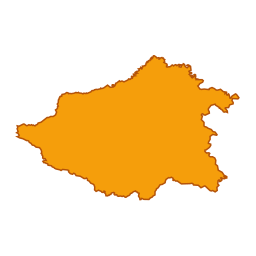 the district of João Pinheiro, Minas Gerais, Brazil, rotated 89°
{"feature_id": "56859067B28201931947833", "entity_name": "João Pinheiro", "entity_type": "district", "adm_level": 2, "iso_a3": "BRA", "parent_name": "Brazil", "parent_adm1": "Minas Gerais", "projection": "equal_earth", "projection_center": [-45.971, -17.645], "detail": "fine", "context": "isolated", "style": "filled", "palette": "amber", "viewbox_px": 256, "rotation_deg": 89, "n_neighbors": 0, "source": "geoboundaries", "source_scale": "gbopen_adm2", "svg_char_len": 5713}
<svg xmlns="http://www.w3.org/2000/svg" viewBox="0 0 256 256"><g transform="rotate(89 128 128)"><path d="M99.6,16.6L96.3,19.0L95.8,20.0L98.0,23.5L99.9,24.6L100.0,25.4L96.1,26.5L95.7,27.0L96.8,27.8L96.8,28.4L96.0,28.9L94.0,28.8L93.8,29.2L95.1,30.4L93.6,30.4L93.3,32.1L90.9,34.8L91.7,37.7L91.6,39.1L90.1,41.0L89.0,43.3L90.0,46.0L90.9,46.1L91.0,46.6L90.4,51.1L90.7,54.1L90.2,55.5L87.2,57.5L85.8,56.0L85.0,55.7L83.5,52.6L82.0,51.9L81.0,53.0L80.8,58.5L80.2,57.9L80.0,59.4L79.6,59.7L76.9,59.5L77.3,60.7L79.0,62.6L78.6,63.6L77.2,63.6L77.2,63.0L78.0,62.5L77.8,61.9L77.2,61.9L76.5,63.4L77.0,64.7L76.0,65.1L75.4,65.9L74.6,65.1L74.6,63.5L73.8,63.5L73.6,65.3L72.5,66.1L72.0,65.8L71.7,64.2L71.4,64.0L67.4,64.4L66.0,66.4L66.0,67.6L66.3,67.9L66.5,66.5L67.5,65.9L67.5,66.6L68.8,67.6L68.7,68.1L67.5,69.8L65.4,70.4L64.7,71.6L65.9,72.1L65.7,74.4L66.2,74.2L66.4,73.5L67.8,73.6L68.1,74.0L67.6,75.9L65.7,75.4L65.4,75.6L65.4,76.3L66.5,78.1L65.6,78.9L65.5,79.6L66.7,81.4L65.8,82.3L65.8,82.8L67.4,84.7L67.7,87.9L67.5,88.4L66.7,88.4L65.9,87.7L64.8,88.0L63.0,91.0L62.1,90.2L60.7,90.5L60.2,90.1L59.6,91.2L58.7,91.4L58.8,92.1L58.1,92.8L58.7,94.7L59.5,95.1L59.6,95.7L58.5,95.5L58.2,95.9L58.5,97.9L57.3,98.9L56.2,100.6L56.3,101.3L58.1,102.0L57.6,102.8L58.0,103.3L58.5,102.4L59.0,102.6L58.7,103.9L59.1,104.2L59.4,103.5L60.4,104.2L60.5,105.1L61.0,105.1L61.0,106.1L61.6,106.4L61.8,107.6L62.2,107.9L62.8,107.3L63.4,108.8L65.3,109.1L66.0,109.7L65.9,110.5L66.3,110.9L66.4,112.5L67.3,112.3L67.7,113.1L68.9,112.9L69.1,113.4L67.8,114.2L68.6,114.5L69.1,116.5L69.7,115.8L70.6,115.8L71.7,117.7L71.5,118.3L72.6,120.0L73.6,119.5L72.9,118.4L73.3,117.9L73.3,118.5L74.1,118.9L74.4,120.2L74.1,121.1L74.3,121.7L75.5,121.0L75.9,120.1L76.1,121.4L76.5,122.0L76.4,123.5L76.7,123.6L77.8,122.5L78.4,122.8L78.3,124.0L79.2,124.6L79.5,125.3L78.9,126.0L78.9,126.5L80.0,127.3L81.8,131.2L80.9,133.2L81.5,135.1L80.7,135.8L82.8,138.6L83.1,139.6L84.4,139.7L85.8,140.6L84.6,141.3L84.5,142.9L85.1,143.2L85.6,142.9L86.1,141.8L86.8,142.1L87.0,145.0L84.8,147.7L87.6,151.7L88.1,153.5L87.7,154.6L88.2,154.7L88.4,155.2L89.0,158.0L88.8,159.1L89.2,160.8L89.9,161.7L90.0,163.4L91.2,164.5L92.8,168.5L92.3,169.0L92.8,170.0L92.4,171.5L93.1,172.4L92.4,174.0L92.2,176.2L91.5,176.9L91.8,177.3L91.9,178.8L91.5,179.4L92.3,181.3L92.7,184.3L92.4,185.5L92.6,186.9L91.7,187.4L91.5,188.8L92.8,190.6L93.3,193.4L95.1,193.8L94.9,194.4L95.4,195.5L96.4,195.7L97.0,196.4L97.9,196.4L98.7,197.1L101.6,197.3L102.8,198.3L104.9,197.3L105.4,198.1L106.8,198.1L107.6,198.6L108.7,200.2L110.8,199.1L113.6,200.2L115.2,202.6L115.1,205.0L116.1,207.1L116.1,208.7L120.7,214.8L121.5,217.8L122.8,218.5L123.3,219.9L124.2,220.8L124.1,221.5L123.4,222.4L123.8,223.3L123.0,224.3L123.6,225.7L123.0,227.0L123.9,228.8L123.9,229.4L122.3,231.6L122.2,232.5L124.3,236.9L123.9,238.7L125.9,238.2L126.8,238.9L129.7,237.9L130.8,239.4L131.4,238.1L133.4,236.9L134.4,237.6L134.7,238.9L136.0,236.5L136.9,233.2L138.8,229.6L138.9,228.2L139.2,227.6L140.7,226.9L141.6,225.3L143.4,224.0L143.8,222.2L145.5,220.3L146.1,216.8L148.2,215.3L150.5,214.7L152.0,215.3L152.6,214.4L153.7,214.4L154.6,213.7L156.5,213.8L157.4,213.0L157.1,212.6L157.2,211.4L159.0,210.4L158.8,211.5L159.8,213.7L161.2,212.8L161.3,211.3L162.0,210.5L162.1,209.4L162.4,208.9L163.8,208.6L164.4,205.2L165.6,204.4L166.1,202.8L166.9,202.2L167.7,200.7L168.6,196.9L169.3,195.7L168.3,194.1L168.9,189.3L169.4,188.1L170.7,188.2L172.6,186.5L173.3,184.3L172.3,183.0L172.9,181.9L174.7,180.7L175.4,176.5L177.8,172.8L177.8,171.4L177.3,170.4L178.2,169.5L179.6,169.4L180.4,167.8L182.5,166.2L183.5,163.9L184.3,163.0L186.4,162.3L189.3,162.5L190.8,161.0L189.7,158.6L190.9,155.9L191.8,155.2L192.0,154.0L191.7,153.4L190.7,153.1L190.9,152.4L191.2,152.1L192.7,152.3L193.4,151.6L195.4,151.2L195.5,149.4L194.8,148.7L195.0,148.1L194.3,147.4L194.1,146.3L192.9,145.8L192.5,145.1L192.2,143.3L192.8,142.6L193.8,143.1L194.6,142.6L194.7,141.4L194.4,140.9L194.6,140.3L195.6,139.9L196.1,139.0L195.9,136.4L196.4,135.1L195.9,133.6L197.1,132.1L197.2,131.3L195.8,129.2L195.7,128.5L194.8,127.3L193.6,126.7L193.2,125.4L191.8,123.7L191.1,121.5L191.7,121.3L192.3,119.8L192.8,119.7L193.5,118.0L196.2,118.7L198.5,117.4L199.8,117.3L199.8,116.4L198.6,115.4L199.6,113.5L199.8,108.3L198.3,106.9L197.5,105.0L196.3,104.0L195.4,102.2L192.0,102.1L190.1,100.7L189.3,100.6L188.3,98.9L185.3,96.9L185.0,94.8L183.3,91.8L182.5,91.8L180.1,90.9L178.3,88.2L178.6,87.0L178.0,85.5L179.1,83.8L181.1,83.9L181.2,83.5L180.4,83.1L181.9,81.3L181.9,79.6L184.8,75.6L184.7,67.3L184.4,65.1L184.8,64.1L186.1,63.5L186.5,58.7L189.0,56.1L187.3,52.5L187.5,51.7L191.9,47.2L192.4,45.9L192.0,44.3L193.4,42.0L192.0,39.9L188.9,40.2L186.8,38.1L185.4,39.3L182.1,38.8L181.5,37.9L181.7,37.5L183.1,37.3L182.9,36.3L181.6,35.0L179.6,36.2L179.3,35.8L180.3,33.9L180.4,32.3L180.1,31.8L179.3,31.7L178.4,32.8L178.1,32.4L178.3,31.8L179.8,30.6L179.7,30.1L178.3,30.1L176.9,32.8L174.0,34.6L171.7,38.5L167.4,39.2L165.7,41.2L161.7,40.8L159.5,41.8L158.2,44.0L158.3,46.0L157.7,47.1L156.4,47.7L155.0,46.7L154.5,47.0L154.2,48.1L154.4,49.9L152.8,51.5L151.4,51.4L151.2,50.2L148.8,46.9L146.9,45.6L145.6,45.6L144.8,47.9L143.4,47.7L140.8,46.1L137.8,46.1L135.9,43.3L136.7,40.0L136.7,39.4L136.2,39.1L133.6,41.0L133.0,43.2L131.0,44.7L129.5,48.2L128.5,49.4L127.8,51.6L127.0,52.0L123.7,51.9L120.9,54.5L117.4,53.4L116.4,54.4L115.8,54.3L115.1,53.5L115.2,53.0L116.2,51.8L116.5,50.6L114.6,46.4L113.2,46.5L111.3,47.4L110.0,47.2L106.8,44.6L105.7,40.5L106.7,40.0L109.0,36.5L109.9,36.3L109.9,35.3L110.7,35.0L111.8,33.3L113.5,32.3L113.8,31.4L113.5,29.8L114.2,28.3L112.7,28.4L109.9,30.5L109.5,30.3L109.3,27.1L106.6,25.9L105.7,22.5L104.4,22.4L102.3,23.6L100.4,22.9L100.8,17.8L100.5,17.1L99.6,16.6ZM76.9,59.5L76.0,59.6L75.6,60.2L75.9,60.9L76.9,59.5Z" fill="#f59e0b" stroke="#b45309" stroke-width="1.5"/></g></svg>